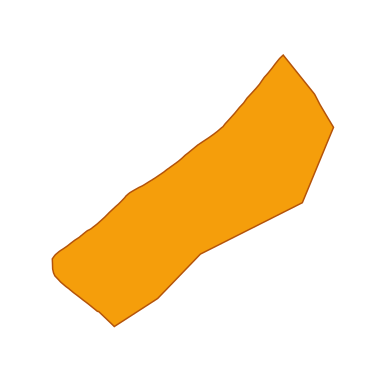 outline of Anse De Sables/Beane Field, Vieux Fort, Saint Lucia, rotated 170°
{"feature_id": "8701671B90786780806365", "entity_name": "Anse De Sables/Beane Field", "entity_type": "district", "adm_level": 2, "iso_a3": "LCA", "parent_name": "Saint Lucia", "parent_adm1": "Vieux Fort", "projection": "robinson", "projection_center": [-60.94, 13.732], "detail": "fine", "context": "isolated", "style": "filled", "palette": "amber", "viewbox_px": 384, "rotation_deg": 170, "n_neighbors": 0, "source": "geoboundaries", "source_scale": "gbopen_adm2", "svg_char_len": 1289}
<svg xmlns="http://www.w3.org/2000/svg" viewBox="0 0 384 384"><g transform="rotate(170 192 192)"><path d="M52.9,262.6L54.3,267.0L78.4,311.0L80.0,310.0L82.5,308.3L84.5,306.6L87.7,303.8L91.4,300.3L96.8,295.6L100.9,292.4L101.3,292.0L104.3,289.0L106.8,286.4L111.0,282.9L116.6,278.6L121.5,274.9L125.7,270.7L130.5,267.1L136.4,262.0L143.7,256.3L147.4,253.5L150.2,250.9L151.8,250.1L156.5,247.3L160.3,245.3L166.4,242.4L170.1,240.8L173.1,239.5L178.1,237.3L184.9,233.5L188.9,231.2L192.2,229.5L196.3,226.8L200.3,224.5L207.9,220.8L213.3,218.2L216.2,216.6L221.3,214.3L226.2,212.1L232.5,209.6L237.9,207.4L239.7,206.7L243.4,205.7L249.1,203.7L253.1,202.2L255.0,201.2L257.9,199.4L259.1,198.2L264.3,194.4L266.6,192.8L269.6,191.0L277.0,186.2L282.3,182.4L290.9,177.0L298.3,173.1L299.5,172.7L301.7,172.1L302.9,171.5L309.2,168.0L310.8,167.0L315.8,164.9L319.9,162.8L324.1,160.5L328.7,158.4L331.6,157.2L333.1,156.5L334.8,155.5L337.4,154.0L339.1,152.5L341.2,150.4L341.7,146.6L342.6,140.4L342.4,136.4L341.6,133.2L339.2,129.6L336.9,126.0L332.7,120.9L330.5,118.6L326.1,113.4L320.8,107.7L317.8,104.3L313.6,99.8L310.4,96.1L305.9,90.9L304.7,90.5L293.3,75.0L291.9,73.0L244.3,93.1L194.5,129.4L85.2,162.3L50.1,217.5L41.4,231.1L45.3,241.2L50.9,256.1L52.9,262.6Z" fill="#f59e0b" stroke="#b45309" stroke-width="1.5"/></g></svg>